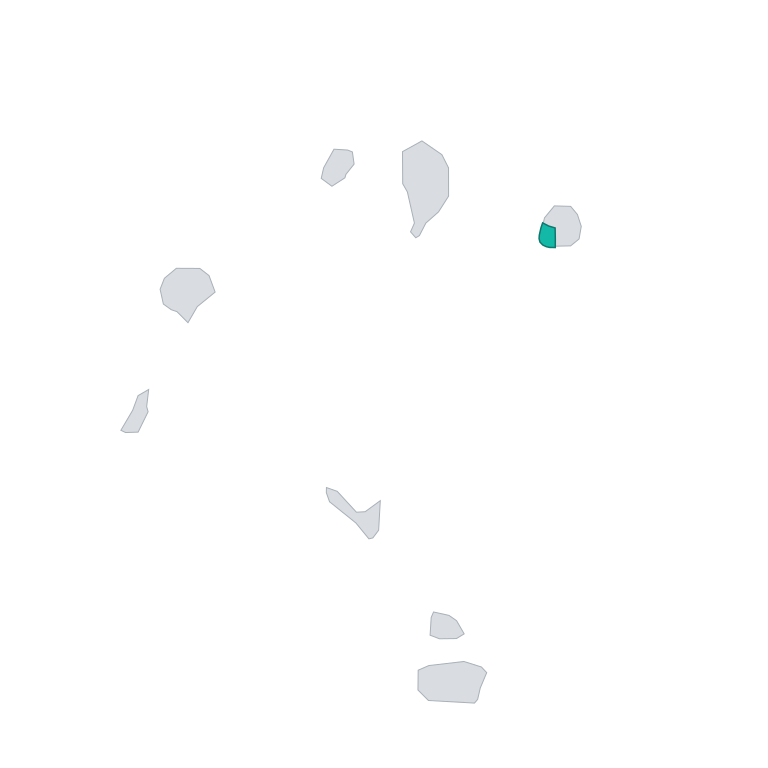 Mosteiros on a map of Cabo Verde (Robinson projection), rotated 211°
{"feature_id": "CPV-5043", "entity_name": "Mosteiros", "entity_type": "state/province", "adm_level": 1, "iso_a3": "CPV", "parent_name": "Cabo Verde", "parent_adm1": "", "projection": "robinson", "projection_center": [-24.364, 14.995], "detail": "fine", "context": "in_parent", "style": "filled", "palette": "teal", "viewbox_px": 768, "rotation_deg": 211, "n_neighbors": 0, "source": "natural_earth", "source_scale": "10m", "svg_char_len": 1440}
<svg xmlns="http://www.w3.org/2000/svg" viewBox="0 0 768 768"><g transform="rotate(211 384 384)"><path d="M487.8,592.7L476.7,611.9L452.5,610.4L440.0,602.5L425.4,578.3L425.9,559.6L431.0,543.5L430.1,529.4L432.1,525.7L439.6,528.1L440.8,537.6L462.9,560.7L471.1,565.3L487.8,592.7ZM172.6,187.3L154.8,191.6L147.3,189.5L144.9,172.9L141.3,161.9L142.1,157.1L182.9,135.6L197.3,139.2L207.3,156.3L200.5,165.8L172.6,187.3ZM583.6,335.6L598.8,339.4L604.6,338.1L614.3,338.9L624.7,349.9L626.7,361.5L621.6,376.2L601.4,388.2L589.8,386.8L576.1,375.8L583.9,354.2L583.6,335.6ZM329.7,624.4L315.5,632.4L305.5,628.9L296.1,620.7L291.5,608.8L295.2,598.5L314.4,586.4L325.9,590.3L332.0,609.1L329.7,624.4ZM370.0,255.0L377.5,261.2L380.0,265.6L368.8,267.9L341.6,259.9L334.4,264.8L327.1,282.1L313.3,255.9L314.3,246.3L317.2,243.5L336.5,250.4L370.0,255.0ZM535.7,565.8L530.6,566.6L522.9,557.1L524.6,544.1L523.7,540.6L530.5,526.7L543.7,527.9L547.1,538.3L547.8,559.5L535.7,565.8ZM224.1,214.1L209.2,219.1L199.9,218.5L186.6,211.1L190.8,203.1L205.2,194.2L215.1,192.4L223.3,208.2L224.1,214.1ZM588.8,247.4L582.9,258.1L575.8,242.4L571.9,238.7L570.0,216.1L580.5,209.3L585.7,208.8L585.9,232.1L588.8,247.4Z" fill="#d9dde1" stroke="#a8b0b8" stroke-width="1"/><path d="M307.5,589.2L312.3,586.4L315.6,585.3L319.4,584.9L323.3,585.9L325.9,588.4L327.6,591.7L329.9,598.7L331.0,603.8L324.3,604.2L317.7,605.9L311.7,596.3L307.5,589.2Z" fill="#14b8a6" stroke="#0f766e" stroke-width="1.5"/></g></svg>